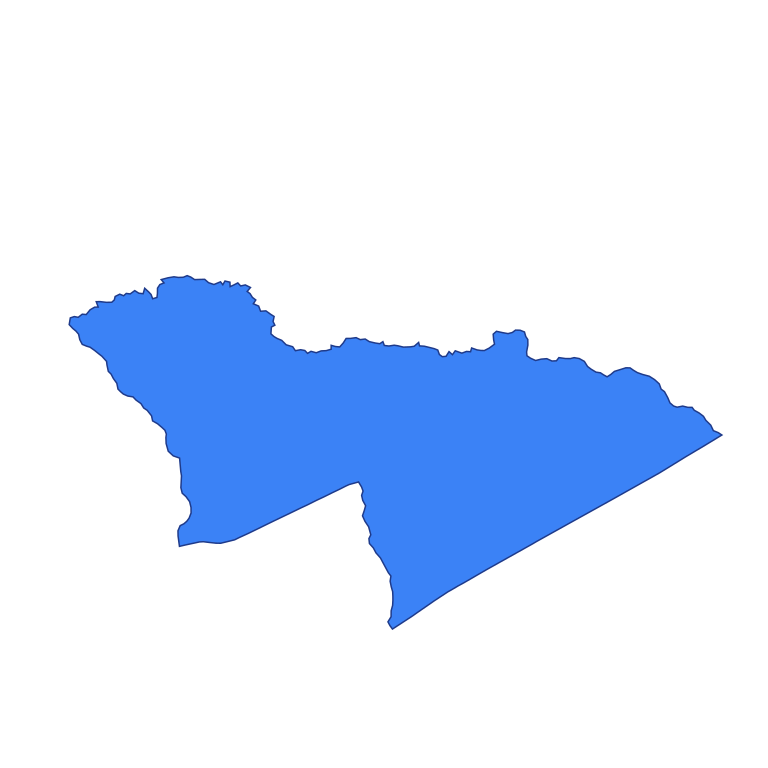 Glória D'Oeste, Mato Grosso, Brazil (orthographic projection), rotated 148°
{"feature_id": "56859067B39077637769127", "entity_name": "Glória D'Oeste", "entity_type": "district", "adm_level": 2, "iso_a3": "BRA", "parent_name": "Brazil", "parent_adm1": "Mato Grosso", "projection": "orthographic", "projection_center": [-58.306, -15.871], "detail": "fine", "context": "isolated", "style": "filled", "palette": "blue", "viewbox_px": 768, "rotation_deg": 148, "n_neighbors": 0, "source": "geoboundaries", "source_scale": "gbopen_adm2", "svg_char_len": 3891}
<svg xmlns="http://www.w3.org/2000/svg" viewBox="0 0 768 768"><g transform="rotate(148 384 384)"><path d="M643.5,354.7L638.2,352.9L632.9,351.0L629.1,349.6L624.3,347.9L620.8,346.0L616.0,342.1L610.9,338.1L606.9,335.5L601.2,333.6L593.2,331.0L588.1,330.5L578.2,329.2L570.7,328.4L564.0,327.7L556.2,326.9L549.6,326.2L538.9,325.0L529.0,323.9L520.5,323.0L513.3,322.1L502.8,321.1L494.5,320.1L485.4,319.2L477.6,318.3L470.7,317.7L466.8,317.2L457.5,314.4L457.6,308.6L458.5,304.3L462.0,301.4L463.7,296.6L464.1,290.5L467.6,287.3L472.1,283.6L472.9,277.7L472.7,271.1L473.8,267.4L475.1,263.1L478.7,260.9L480.9,256.4L479.9,250.7L480.3,245.0L479.2,238.4L479.6,232.5L479.9,227.9L480.3,221.6L479.9,217.5L483.3,213.5L485.3,208.2L486.7,203.3L489.0,199.2L491.1,195.8L494.0,191.7L498.1,187.9L501.3,182.9L506.7,180.2L507.0,175.9L506.7,171.7L482.5,172.2L477.4,172.5L456.2,173.5L440.0,173.9L436.2,173.7L428.1,173.5L421.6,173.1L403.4,172.5L395.0,172.2L346.9,169.9L342.7,169.7L338.4,169.6L298.7,167.6L250.6,165.1L197.2,162.6L166.6,162.4L143.5,161.9L124.5,161.7L126.3,165.6L129.4,169.9L128.7,175.9L130.3,182.6L130.2,187.3L132.1,192.4L134.8,197.3L135.1,200.9L138.7,203.2L142.4,207.0L147.7,209.0L150.1,211.9L151.5,216.5L150.6,222.1L150.2,228.9L151.7,232.8L150.5,238.2L152.2,244.3L154.9,250.0L159.5,254.9L163.1,259.4L165.1,263.3L166.8,267.3L170.4,269.6L175.5,270.9L181.9,272.6L186.7,271.9L191.0,271.9L193.0,275.5L194.5,278.8L197.9,281.7L200.5,286.8L202.1,291.0L202.1,297.0L204.9,302.1L208.8,305.6L212.5,306.8L216.7,309.5L221.7,313.7L225.5,312.3L229.4,314.5L232.5,319.2L237.5,321.8L243.0,323.6L246.1,328.3L247.8,332.2L246.1,335.6L241.4,340.7L238.5,345.5L238.6,349.2L237.3,353.7L240.1,357.5L243.9,360.0L247.9,359.7L252.1,361.0L256.3,364.8L260.7,369.1L265.0,368.4L267.5,363.6L269.2,359.2L275.8,358.7L281.2,359.2L284.2,361.2L287.0,363.6L290.6,368.1L293.5,365.5L296.8,367.9L301.6,368.9L306.0,374.4L310.4,372.6L311.7,377.0L316.7,374.6L320.1,376.3L321.4,379.7L320.4,384.3L322.7,387.4L325.4,390.2L329.8,394.7L333.7,397.5L332.6,400.9L338.4,400.0L341.9,401.5L348.0,405.0L352.0,409.1L354.8,411.5L359.7,413.6L363.3,416.5L362.5,420.5L366.2,420.4L369.6,423.3L374.0,427.7L376.1,432.1L380.6,434.2L383.1,438.1L388.2,440.4L392.0,442.7L396.8,440.4L401.9,438.9L405.3,441.5L408.3,444.8L410.4,441.5L415.3,442.9L419.8,445.4L424.9,446.4L428.6,450.4L432.6,450.5L433.4,454.4L436.6,457.3L441.5,459.2L441.7,464.0L446.2,469.1L447.6,475.2L450.5,479.3L452.2,482.6L453.3,486.5L449.3,492.0L445.4,491.7L445.0,495.7L441.4,499.5L443.1,503.0L445.4,508.6L450.1,511.1L449.0,516.5L452.3,521.3L448.2,523.2L449.7,527.2L449.7,531.6L451.0,535.0L446.1,536.6L449.1,541.5L453.6,543.1L454.4,547.2L459.0,547.6L462.9,548.1L460.7,552.0L464.3,555.6L468.1,553.6L468.5,557.3L475.5,558.5L479.1,562.9L480.6,567.8L485.0,570.4L489.3,572.9L491.2,577.1L493.5,580.2L497.7,580.9L502.0,583.4L505.3,586.2L510.8,588.5L517.6,590.6L517.0,586.3L521.4,587.1L525.3,585.3L528.2,580.8L530.7,577.7L535.0,578.9L534.1,583.4L534.8,586.9L536.2,592.0L540.4,588.2L543.8,590.9L545.9,595.3L551.5,594.9L554.6,597.4L558.0,596.8L560.5,600.2L565.6,600.7L568.2,598.2L571.6,597.6L576.2,600.4L581.1,604.3L584.4,606.3L585.6,600.7L588.7,602.5L593.8,602.7L599.7,600.7L602.9,603.1L608.0,602.6L610.9,605.3L615.0,606.3L619.5,601.2L618.5,596.1L617.2,592.1L616.6,588.1L618.5,582.8L618.9,577.5L616.1,573.6L613.8,571.0L611.6,565.7L609.8,560.5L608.5,557.0L607.3,550.2L608.9,546.8L611.1,540.8L610.2,537.0L610.6,532.1L610.2,526.2L612.3,520.6L611.5,517.1L610.4,513.6L607.7,509.6L603.7,506.1L602.8,501.7L600.5,496.2L600.5,491.0L598.8,487.2L598.0,480.2L599.8,475.3L597.1,470.3L595.4,465.0L594.3,460.9L595.1,456.9L597.3,454.2L600.3,449.0L602.6,441.3L600.8,434.7L596.6,429.5L602.7,417.5L604.4,413.4L607.0,409.7L611.2,403.7L613.0,398.3L611.6,393.4L611.2,387.2L613.1,381.5L616.0,376.8L620.4,373.5L624.0,372.1L627.8,371.5L631.9,371.9L636.5,368.7L639.2,364.2L643.5,354.7Z" fill="#3b82f6" stroke="#1e3a8a" stroke-width="1.5"/></g></svg>